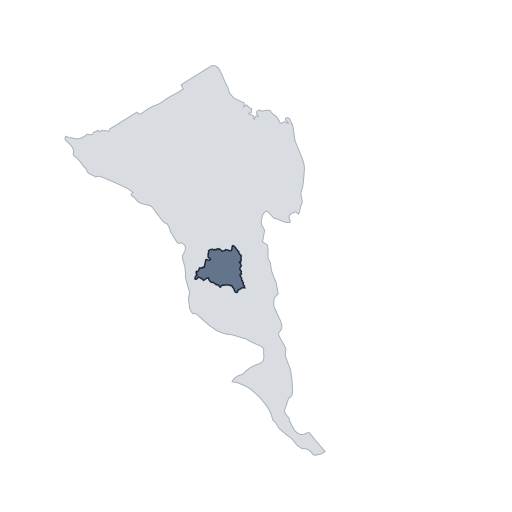 Vina, Adamaoua, Cameroon (highlighted), rotated 148°
{"feature_id": "32672807B59264134581656", "entity_name": "Vina", "entity_type": "district", "adm_level": 2, "iso_a3": "CMR", "parent_name": "Cameroon", "parent_adm1": "Adamaoua", "projection": "equal_earth", "projection_center": [13.667, 7.236], "detail": "fine", "context": "in_parent", "style": "filled", "palette": "slate", "viewbox_px": 512, "rotation_deg": 148, "n_neighbors": 0, "source": "geoboundaries", "source_scale": "gbopen_adm2", "svg_char_len": 5874}
<svg xmlns="http://www.w3.org/2000/svg" viewBox="0 0 512 512"><g transform="rotate(148 256 256)"><path d="M155.4,348.6L156.2,345.9L161.9,332.9L165.5,312.1L167.2,307.2L168.9,304.0L177.2,292.9L180.3,289.4L184.8,285.4L188.0,277.3L189.0,276.4L190.4,275.7L197.6,268.9L198.2,270.2L198.7,271.8L199.2,272.6L201.5,273.1L204.7,273.1L206.5,272.6L207.5,271.2L208.5,267.4L209.1,266.7L209.8,266.5L213.3,269.1L219.0,276.7L220.4,278.0L221.0,279.5L222.3,286.3L223.0,288.0L224.2,288.7L226.4,288.3L228.7,287.1L230.8,285.3L232.8,283.0L234.1,281.0L234.7,279.5L235.0,273.9L235.5,272.7L242.9,264.6L242.8,263.8L241.5,261.5L240.5,259.1L241.6,256.5L242.7,254.5L247.0,247.8L247.3,242.9L250.7,235.2L252.7,225.1L252.8,223.2L257.3,212.1L262.0,211.0L263.8,209.5L265.9,206.7L267.3,204.2L267.9,201.7L268.4,197.0L269.2,191.7L269.7,187.0L271.2,182.6L273.5,180.4L277.6,178.6L278.3,177.7L278.9,174.9L279.4,165.3L280.1,161.0L283.9,156.2L285.6,148.7L287.1,140.9L291.4,131.4L296.5,122.0L298.8,119.4L300.8,118.3L303.1,118.1L304.6,117.4L310.1,112.7L312.3,111.2L314.0,109.5L314.4,108.1L314.6,106.0L314.0,101.2L315.0,97.6L315.5,92.1L315.7,87.8L315.5,86.3L314.5,83.8L312.9,81.1L310.2,79.5L306.5,79.0L304.5,78.1L303.8,73.1L303.5,70.0L301.0,53.6L305.7,53.6L311.4,55.6L312.8,57.1L313.6,62.7L315.6,65.9L319.2,68.5L321.5,73.9L322.4,82.1L324.4,87.0L324.8,87.8L327.7,97.1L327.8,101.3L327.6,104.2L328.7,107.8L327.0,113.9L326.5,117.6L326.4,122.9L327.4,132.2L329.1,139.3L330.9,145.1L332.9,149.6L336.1,154.6L339.6,159.2L342.9,162.0L339.9,163.7L334.1,163.9L330.7,162.9L329.1,162.9L327.5,163.5L321.3,164.4L315.1,163.9L309.3,162.8L305.7,163.0L303.0,165.8L300.8,169.9L298.7,173.2L299.5,176.9L301.0,178.9L304.0,183.3L306.7,187.6L308.1,190.5L313.5,196.8L318.7,202.5L321.1,204.4L322.0,204.9L324.9,208.1L328.8,213.4L332.4,221.8L337.4,238.5L338.5,239.8L340.2,240.7L340.4,242.5L340.3,245.1L339.8,247.2L335.8,256.0L332.2,259.4L331.2,261.4L329.9,266.5L326.7,276.4L325.3,277.8L322.1,284.5L319.6,293.0L318.9,294.3L317.9,295.4L314.2,297.5L312.9,298.5L311.0,301.2L310.8,302.9L311.6,305.3L312.7,307.3L314.6,307.3L315.7,309.1L315.7,322.3L314.8,324.2L314.8,325.1L314.4,327.4L314.3,329.9L314.5,330.9L315.3,331.7L316.3,333.5L316.9,337.6L318.1,351.8L318.7,354.1L319.8,355.6L323.0,358.7L326.4,362.7L327.5,365.4L328.2,369.7L329.5,373.1L329.4,374.2L328.9,374.7L326.8,374.9L327.5,377.4L329.3,381.7L338.0,394.9L346.4,406.6L348.3,407.5L349.8,407.8L350.5,408.5L351.2,410.2L354.0,414.4L354.5,416.9L353.9,419.3L354.6,422.9L355.0,424.3L354.9,425.5L355.2,430.0L356.0,433.9L357.2,437.2L357.0,439.5L355.4,440.9L354.5,443.0L354.2,446.1L354.7,449.8L355.9,454.1L356.0,456.7L353.9,458.4L351.7,455.4L349.2,453.4L345.5,449.9L341.8,448.6L336.9,448.4L334.9,448.8L331.3,446.0L330.1,445.6L328.5,446.8L327.4,446.8L326.1,446.4L323.3,446.4L323.0,444.4L322.6,444.0L319.6,444.2L318.7,442.5L318.3,442.7L317.1,442.1L314.7,439.7L312.2,441.3L307.0,441.1L280.7,441.1L280.1,438.8L278.8,437.7L276.4,437.6L269.4,438.0L264.1,437.7L260.5,436.8L256.0,436.3L250.5,436.7L244.8,436.7L234.8,436.1L229.2,436.2L229.3,437.5L229.0,438.5L228.7,440.9L192.9,440.9L190.0,439.2L189.2,438.2L188.9,436.2L188.2,436.0L188.8,427.6L190.0,420.6L190.5,414.2L192.1,408.4L191.3,402.6L190.2,400.1L184.9,392.0L187.3,388.9L184.1,389.4L183.4,386.3L181.8,382.7L182.8,382.1L183.7,380.2L186.7,380.8L186.6,379.8L184.0,376.8L184.3,375.2L185.3,373.5L184.8,372.8L183.0,374.6L181.7,374.5L180.6,373.4L179.9,373.2L180.3,375.5L179.3,377.6L178.3,378.3L176.7,378.2L175.3,377.7L175.0,376.5L173.7,375.6L170.1,374.1L167.1,372.3L166.5,367.3L165.3,365.2L164.8,362.8L164.6,360.0L165.0,355.8L164.2,355.1L163.3,354.9L162.0,355.1L160.8,354.9L159.4,352.5L158.2,351.6L158.9,355.9L158.0,357.1L155.9,356.8L155.0,355.1L154.8,353.9L155.8,348.7L155.4,348.6Z" fill="#d9dde1" stroke="#a8b0b8" stroke-width="1"/><path d="M283.5,281.8L284.4,281.5L285.0,282.6L285.7,282.6L286.8,282.4L287.5,283.5L288.3,283.6L288.8,283.5L289.5,284.9L291.2,285.6L292.3,285.6L293.4,285.6L294.5,283.8L294.8,283.5L295.6,283.2L295.8,282.4L296.3,281.8L296.9,281.1L296.9,280.9L297.1,279.9L296.2,277.8L296.5,277.1L297.6,277.0L298.4,277.4L299.3,278.6L299.9,279.4L300.6,279.4L301.1,278.9L302.7,277.1L303.7,276.1L305.1,274.7L305.5,274.0L306.3,273.8L306.7,274.6L307.8,274.2L308.2,274.8L309.2,274.9L310.0,275.8L310.8,275.3L311.7,274.6L312.4,274.2L313.7,273.7L313.9,273.6L314.5,274.5L315.2,274.2L316.3,271.9L315.9,271.2L316.5,270.8L318.1,270.8L319.5,269.5L319.9,268.5L318.6,267.9L316.1,268.5L315.4,267.9L315.2,267.5L314.8,267.0L314.4,266.0L314.0,265.2L313.3,263.1L311.7,263.2L310.2,263.3L308.0,262.8L308.3,261.6L308.4,261.2L308.4,259.6L308.1,257.9L307.7,257.2L306.6,256.7L305.6,254.4L304.9,253.6L305.0,252.6L304.2,252.2L303.3,251.3L303.1,249.1L302.6,248.4L301.8,249.0L299.7,249.1L299.0,248.3L297.3,247.7L296.3,247.1L295.2,246.2L294.0,245.5L293.5,245.2L293.2,244.1L292.6,244.1L292.5,243.9L292.1,243.4L292.4,242.2L292.4,241.7L292.1,240.4L292.5,238.3L292.7,236.5L292.2,235.7L291.3,235.1L290.8,235.3L290.0,236.1L288.8,236.5L286.4,236.3L286.0,236.3L284.9,236.5L282.9,235.4L282.4,235.1L282.5,235.6L281.7,236.8L282.0,238.1L281.7,239.1L280.9,239.9L281.3,241.0L280.6,242.1L281.0,243.2L280.7,243.8L280.1,244.4L280.0,245.0L279.9,245.4L280.0,246.8L279.7,247.5L279.8,248.4L279.3,248.6L277.9,248.4L277.4,250.0L276.6,250.6L276.6,251.3L276.8,253.3L276.4,253.7L276.2,254.2L275.7,254.4L275.1,254.8L274.2,255.2L273.6,255.5L273.4,256.6L273.2,257.5L273.0,258.3L273.4,258.6L273.4,259.3L273.1,259.8L272.6,259.7L271.9,259.3L270.9,260.2L270.5,260.7L270.3,261.9L269.5,262.6L268.9,263.4L268.3,264.1L268.9,266.2L268.9,267.3L268.8,268.3L268.5,268.6L268.4,268.7L268.7,270.1L268.9,271.9L269.0,274.3L269.4,275.8L269.8,276.9L270.5,277.1L271.0,276.6L271.3,276.4L271.9,275.9L272.2,275.2L273.0,274.6L273.5,274.0L274.3,273.7L275.1,274.0L276.1,275.1L277.1,276.2L278.1,277.2L278.3,277.5L280.2,277.2L281.1,277.6L282.0,277.8L282.3,278.4L282.6,279.7L283.5,281.8Z" fill="#64748b" stroke="#1e293b" stroke-width="1.5"/></g></svg>